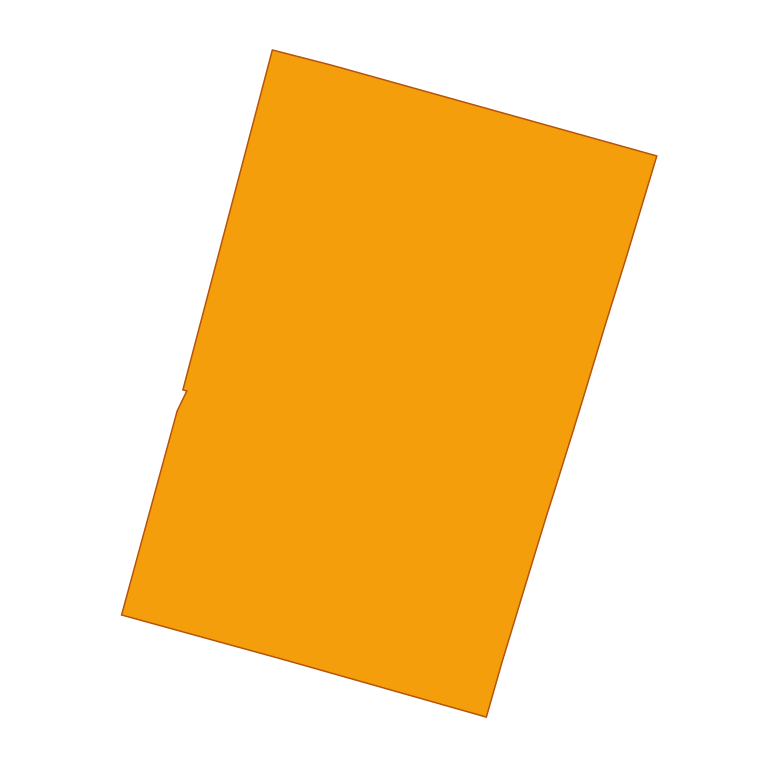 outline of Darke, Ohio, United States of America, rotated 196°
{"feature_id": "52423323B38982554043434", "entity_name": "Darke", "entity_type": "district", "adm_level": 2, "iso_a3": "USA", "parent_name": "United States of America", "parent_adm1": "Ohio", "projection": "albers", "projection_center": [-84.709, 40.136], "detail": "fine", "context": "isolated", "style": "filled", "palette": "amber", "viewbox_px": 768, "rotation_deg": 196, "n_neighbors": 0, "source": "geoboundaries", "source_scale": "gbopen_adm2", "svg_char_len": 492}
<svg xmlns="http://www.w3.org/2000/svg" viewBox="0 0 768 768"><g transform="rotate(196 384 384)"><path d="M575.4,301.1L572.6,89.6L403.5,91.4L193.8,92.0L193.9,149.4L193.7,159.7L192.1,265.7L191.5,300.2L191.3,307.9L191.3,308.0L190.8,324.3L189.2,393.0L189.2,395.7L188.7,422.4L188.4,442.0L187.6,500.8L187.2,520.6L186.3,559.8L186.0,572.9L184.8,664.3L184.7,671.8L184.6,678.4L522.0,676.0L583.4,674.3L575.7,322.9L571.6,323.0L575.4,301.1Z" fill="#f59e0b" stroke="#b45309" stroke-width="1.5"/></g></svg>